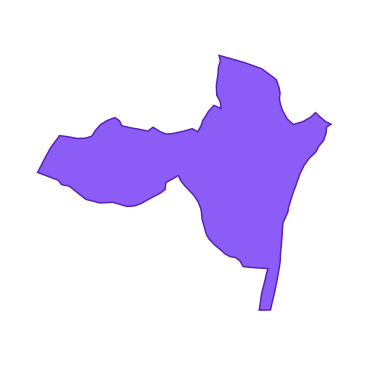 Maracanaú, Ceará, Brazil, rotated 80°
{"feature_id": "56859067B10151614231833", "entity_name": "Maracanaú", "entity_type": "district", "adm_level": 2, "iso_a3": "BRA", "parent_name": "Brazil", "parent_adm1": "Ceará", "projection": "orthographic", "projection_center": [-38.623, -3.885], "detail": "fine", "context": "isolated", "style": "filled", "palette": "violet", "viewbox_px": 384, "rotation_deg": 80, "n_neighbors": 0, "source": "geoboundaries", "source_scale": "gbopen_adm2", "svg_char_len": 1635}
<svg xmlns="http://www.w3.org/2000/svg" viewBox="0 0 384 384"><g transform="rotate(80 192 192)"><path d="M62.2,141.6L68.0,141.3L73.8,144.3L80.9,146.1L91.2,149.5L100.9,150.8L107.7,148.6L114.9,148.8L110.5,155.4L115.5,161.8L119.4,165.2L123.3,168.8L129.1,172.1L133.7,176.0L129.7,180.8L130.6,188.6L130.8,194.3L131.1,199.5L130.6,207.1L127.2,212.9L121.4,219.1L124.4,224.9L120.8,233.7L118.5,240.4L114.6,249.6L109.4,251.0L105.4,254.9L106.8,263.0L109.8,270.4L115.0,276.8L119.6,281.0L120.5,287.7L119.4,295.6L115.8,305.3L113.5,312.6L123.6,323.3L131.9,330.0L140.1,336.2L145.9,340.7L157.1,321.8L162.1,319.1L164.9,311.8L175.2,302.8L180.8,297.8L184.2,290.2L186.8,284.6L188.4,271.7L195.0,258.3L195.7,251.0L194.5,244.2L191.7,236.2L189.8,230.4L187.9,224.2L184.8,218.0L178.1,216.1L175.9,209.3L173.3,202.6L178.6,201.2L184.5,198.1L191.2,193.6L196.2,190.4L203.4,187.4L210.7,186.1L220.8,186.7L229.8,185.8L236.4,185.2L241.4,183.3L248.4,178.6L254.2,173.6L258.7,170.1L262.2,165.7L264.0,160.6L268.3,156.7L274.4,154.5L277.2,144.4L280.6,130.4L285.3,132.9L291.5,135.4L303.8,141.0L310.7,143.2L320.0,146.3L321.8,135.2L315.5,132.6L305.2,128.1L300.4,126.2L293.8,123.6L288.3,121.6L283.1,119.7L276.0,117.3L269.1,115.8L262.2,113.9L256.0,112.3L250.3,110.8L245.1,109.6L238.0,107.7L228.6,101.2L223.3,99.3L216.9,96.0L211.8,93.4L203.2,88.4L192.9,82.6L184.5,76.4L178.9,70.5L174.2,63.2L169.1,59.3L164.0,53.4L156.8,49.5L151.5,48.3L149.3,43.3L146.0,48.1L140.8,52.5L135.3,56.5L139.0,62.3L142.0,70.7L143.1,80.5L136.5,85.6L127.6,88.7L121.9,89.6L115.8,89.8L109.6,88.1L104.1,88.2L95.9,89.5L82.8,101.9L73.4,118.4L62.2,141.6Z" fill="#8b5cf6" stroke="#5b21b6" stroke-width="1.5"/></g></svg>